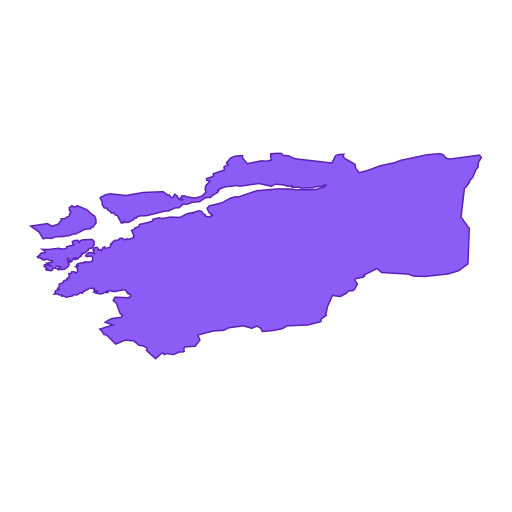 Hjelmeland nor, Rogaland, Norway
{"feature_id": "86288312B13309254360301", "entity_name": "Hjelmeland nor", "entity_type": "district", "adm_level": 2, "iso_a3": "NOR", "parent_name": "Norway", "parent_adm1": "Rogaland", "projection": "equal_earth", "projection_center": [6.272, 59.206], "detail": "fine", "context": "isolated", "style": "filled", "palette": "violet", "viewbox_px": 512, "rotation_deg": 0, "n_neighbors": 0, "source": "geoboundaries", "source_scale": "gbopen_adm2", "svg_char_len": 5924}
<svg xmlns="http://www.w3.org/2000/svg" viewBox="0 0 512 512"><path d="M467.9,264.0L469.3,228.5L461.0,217.1L464.4,188.3L466.1,187.0L469.3,182.5L470.1,180.0L472.5,177.6L476.0,169.4L478.0,167.2L478.4,162.6L481.3,157.4L479.4,155.1L450.2,159.0L446.5,158.4L443.0,154.7L439.8,153.6L426.8,154.8L400.5,160.4L395.3,162.5L379.9,165.9L367.8,170.4L359.2,172.7L355.8,168.6L355.0,164.3L344.7,158.4L342.9,156.1L343.9,154.3L338.8,154.5L335.6,155.7L331.9,163.0L294.6,158.7L288.6,155.8L283.0,155.4L281.5,153.4L277.4,153.3L270.7,153.8L270.6,156.5L271.5,159.9L271.0,160.1L266.2,161.2L261.6,160.8L247.3,163.7L242.5,157.9L242.5,155.6L239.4,155.8L235.7,156.1L230.7,157.9L226.5,162.9L228.1,164.8L224.0,166.7L224.4,170.0L213.3,173.7L213.3,175.7L212.7,176.6L206.5,178.6L206.7,180.3L209.9,181.1L205.8,185.7L205.1,189.2L206.0,192.1L202.0,196.1L195.4,198.1L186.5,196.8L184.6,195.8L181.7,196.0L182.0,197.0L180.3,197.9L180.7,198.9L182.5,199.7L180.9,200.3L178.3,198.5L177.5,196.4L174.8,194.2L173.1,197.1L171.6,197.9L169.3,195.1L166.9,194.6L163.2,191.7L143.1,192.5L125.8,195.5L110.2,193.8L105.7,194.7L100.5,197.3L100.1,198.2L102.2,201.7L102.2,204.7L104.3,208.0L106.9,208.1L107.6,209.8L109.8,211.0L111.5,213.1L114.0,212.9L115.2,214.9L117.5,215.6L121.3,223.0L123.3,222.9L124.3,222.1L124.0,221.6L126.1,222.5L128.9,222.1L133.8,219.4L133.9,218.4L136.4,217.9L137.4,216.7L139.9,215.9L146.4,215.7L165.4,211.0L168.6,210.9L175.3,207.8L179.1,207.7L183.0,204.2L187.8,204.1L192.0,202.3L199.8,201.6L205.4,197.7L210.9,197.4L212.1,195.8L217.7,192.3L218.2,191.8L217.6,190.4L219.1,190.1L219.3,189.1L225.1,186.9L236.6,185.5L239.9,186.2L259.0,183.5L271.4,186.3L275.3,184.2L283.2,184.8L287.1,186.1L292.4,186.0L292.7,186.5L291.9,187.0L292.8,187.6L298.6,187.0L300.7,188.1L313.6,187.7L314.6,187.0L321.9,186.2L324.9,184.9L325.9,184.9L325.8,185.7L324.2,187.1L315.3,189.6L294.7,189.9L290.3,189.0L278.4,188.9L256.7,190.7L238.0,197.1L235.7,196.7L230.7,198.0L222.2,202.7L209.3,205.9L207.1,208.3L208.7,212.1L210.4,213.1L209.7,213.0L210.0,213.6L212.4,214.5L212.4,215.4L211.1,215.6L210.7,217.0L205.3,216.3L205.4,214.9L203.5,213.9L201.3,211.2L199.1,210.8L192.7,212.6L193.1,213.2L189.4,213.0L189.4,213.5L187.0,213.8L180.0,217.4L169.9,217.1L162.2,218.6L159.2,217.8L153.0,219.2L152.6,220.9L149.1,222.2L139.4,224.5L139.1,226.5L135.1,227.9L134.2,229.3L131.5,230.5L134.0,235.7L133.0,237.4L133.5,237.6L132.4,238.3L128.8,239.2L126.5,238.8L126.0,239.6L124.5,239.7L121.6,238.0L119.6,238.4L119.6,239.2L118.4,240.0L114.4,240.5L113.0,241.7L112.1,243.4L111.6,243.3L111.8,243.7L110.4,244.5L110.6,246.2L109.8,247.3L105.8,248.3L104.7,248.0L104.7,246.9L103.0,247.5L101.7,250.7L100.3,249.6L98.4,250.1L98.4,248.9L97.4,247.4L94.1,247.8L93.0,249.7L94.0,249.9L93.3,252.4L94.3,253.4L89.6,252.4L87.4,253.5L85.6,255.8L86.6,256.5L91.7,256.1L92.6,257.3L92.7,260.5L90.3,262.0L84.7,261.9L84.0,262.0L83.8,263.1L81.8,262.8L77.8,263.7L77.1,264.7L77.6,265.2L76.6,265.2L77.2,266.1L77.9,265.9L77.8,266.5L75.7,266.8L77.2,268.1L77.8,271.5L75.9,273.1L74.8,271.9L71.7,271.7L70.9,273.6L68.8,273.6L69.4,277.7L67.0,278.3L67.1,279.6L63.9,280.8L64.3,280.4L63.8,280.8L63.4,281.4L63.4,281.9L62.0,283.2L59.2,284.1L59.3,286.3L57.6,288.7L59.1,289.3L55.6,290.8L55.0,291.6L55.3,293.1L54.3,294.1L57.3,293.8L58.9,294.8L61.7,295.0L61.6,296.1L63.6,296.0L66.2,297.2L72.7,295.9L73.4,294.7L76.9,295.0L80.5,292.7L82.4,293.2L83.3,291.7L90.1,288.2L94.2,288.5L94.1,289.5L95.9,290.5L94.1,290.8L93.7,291.9L97.2,291.5L95.6,293.0L99.9,293.9L102.4,293.7L104.5,292.4L108.6,292.6L106.3,291.6L106.8,291.0L110.5,290.8L114.1,291.6L125.1,289.6L127.9,293.7L129.4,293.6L129.4,294.4L131.0,295.5L130.7,296.7L129.2,297.2L130.2,297.8L115.0,297.2L113.2,300.5L116.5,303.4L120.0,313.3L122.6,315.5L121.0,317.3L111.9,318.5L109.0,319.9L105.2,322.3L112.9,324.9L99.7,329.2L102.0,331.2L104.0,334.6L106.4,334.8L115.7,344.1L125.3,340.1L133.6,340.9L139.0,345.2L143.3,346.0L146.8,347.8L147.3,349.2L146.5,350.1L147.5,351.4L155.6,358.7L162.0,353.0L163.7,353.4L163.9,354.5L167.0,353.6L173.7,354.5L179.1,352.1L183.6,351.8L184.2,351.4L183.7,348.7L185.0,346.9L195.3,346.2L199.9,340.0L197.8,335.0L213.2,331.0L223.8,330.3L228.6,327.8L243.3,325.8L251.8,328.3L256.7,326.1L260.8,328.2L262.2,331.4L272.0,330.7L282.3,328.7L287.0,325.9L308.3,324.9L321.0,321.5L321.2,319.0L326.3,315.4L325.6,313.3L326.2,312.9L327.4,306.8L332.4,295.5L340.4,296.5L346.5,293.1L348.4,291.0L353.3,290.5L354.5,289.4L357.4,284.1L354.8,280.3L355.2,278.8L363.6,277.0L364.6,276.2L363.9,275.4L364.5,274.8L377.1,268.5L381.6,272.5L408.1,274.1L413.9,276.1L424.7,276.5L448.2,273.9L458.4,270.8L467.9,264.0ZM43.2,238.8L46.3,238.0L51.7,238.4L55.6,236.8L64.7,236.4L66.7,235.5L68.0,236.0L73.7,233.9L75.4,234.1L84.7,229.4L90.8,228.7L90.9,227.5L93.0,227.1L96.1,222.7L95.8,218.7L94.5,215.9L92.1,214.6L87.2,209.9L77.2,205.6L74.5,207.3L72.0,205.7L69.3,207.7L69.5,210.9L70.6,211.2L71.0,212.3L69.7,213.6L69.4,216.0L65.8,217.7L65.3,218.7L61.2,218.8L61.4,220.0L58.3,224.1L52.1,226.2L47.3,223.6L30.7,226.1L39.1,232.1L43.2,238.8ZM78.1,240.3L74.1,240.6L72.4,241.7L73.0,244.4L74.8,244.7L67.3,246.5L66.7,246.8L67.0,248.0L63.6,249.1L58.4,248.3L48.1,249.5L42.2,249.3L45.4,251.6L45.3,252.7L41.4,253.0L39.9,254.2L39.9,255.4L37.8,256.3L38.3,256.5L37.9,257.6L42.0,258.5L41.9,259.4L44.1,260.2L46.0,259.0L52.5,261.0L52.5,261.6L50.3,262.6L46.8,263.2L51.6,266.3L46.4,264.6L44.7,264.8L45.0,265.6L44.2,265.6L44.3,266.7L46.1,267.3L46.6,268.3L46.0,269.0L47.0,269.1L46.2,269.6L46.7,270.1L51.3,270.7L52.7,269.6L52.9,267.8L55.5,268.2L56.4,266.3L58.2,266.0L60.6,267.0L57.1,268.8L57.7,269.7L64.7,269.2L68.6,266.0L69.1,264.1L68.1,263.5L68.5,262.0L69.3,262.1L67.2,260.0L67.4,258.7L68.5,258.6L69.9,259.9L69.4,259.9L69.8,261.5L70.8,261.6L72.0,261.1L73.8,257.9L75.8,257.9L75.4,258.7L75.9,258.8L74.4,258.9L74.9,259.5L77.9,258.8L78.1,258.0L80.9,256.4L81.4,254.5L82.2,254.5L81.9,253.4L84.7,253.0L88.3,250.1L88.5,248.8L91.8,248.1L94.2,244.9L94.1,241.4L92.0,239.4L82.9,239.8L80.2,240.7L79.3,242.6L78.3,242.1L78.1,240.3Z" fill="#8b5cf6" stroke="#5b21b6" stroke-width="1.5"/></svg>